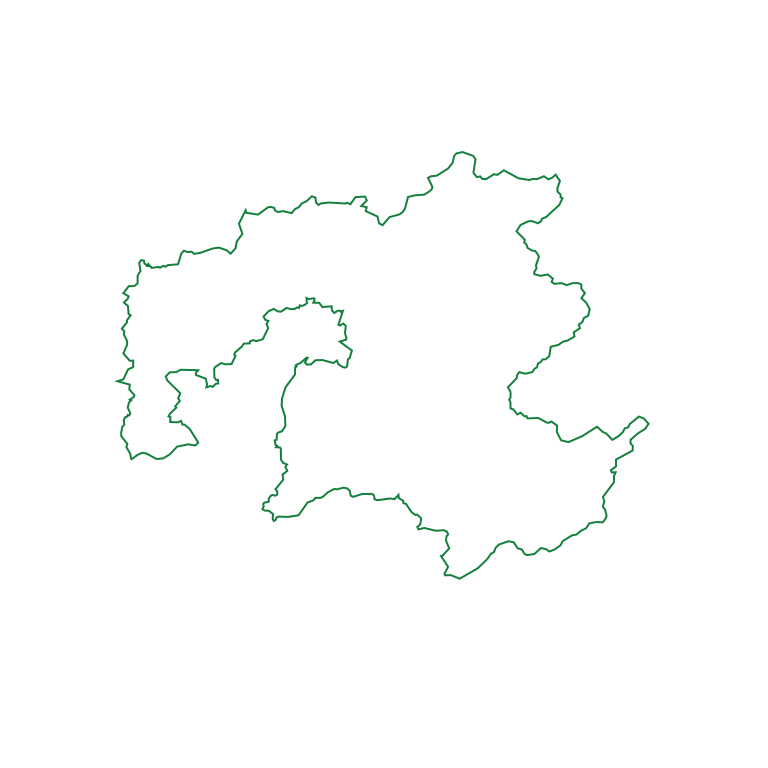 Yen Son, Tuyên Quang, Vietnam, rotated 59°
{"feature_id": "81297802B74193371644879", "entity_name": "Yen Son", "entity_type": "district", "adm_level": 2, "iso_a3": "VNM", "parent_name": "Vietnam", "parent_adm1": "Tuyên Quang", "projection": "equal_earth", "projection_center": [105.29, 21.864], "detail": "fine", "context": "isolated", "style": "outline", "palette": "green", "viewbox_px": 768, "rotation_deg": 59, "n_neighbors": 0, "source": "geoboundaries", "source_scale": "gbopen_adm2", "svg_char_len": 6165}
<svg xmlns="http://www.w3.org/2000/svg" viewBox="0 0 768 768"><g transform="rotate(59 384 384)"><path d="M234.3,190.1L225.5,197.4L223.7,203.2L224.7,206.4L229.8,211.4L232.3,218.1L232.6,231.5L230.1,236.9L230.0,240.1L239.9,241.0L241.4,242.4L242.3,245.9L242.4,252.0L238.0,260.7L236.1,267.1L244.5,275.7L246.4,279.9L246.5,283.7L243.8,293.3L247.1,303.4L243.8,305.5L237.1,303.3L226.4,310.6L223.5,307.8L219.7,311.8L217.8,304.2L213.6,303.7L209.1,312.2L212.6,320.2L209.6,322.4L209.5,324.0L200.1,337.7L196.8,344.9L196.7,348.0L193.3,348.8L189.0,346.7L185.9,349.2L187.4,356.1L186.9,361.6L188.6,366.1L188.2,370.1L190.0,375.2L183.8,381.5L181.9,386.5L179.0,388.1L176.6,387.3L174.1,389.7L172.8,392.2L173.9,404.7L166.4,413.8L163.8,413.1L171.9,425.8L182.4,428.1L185.9,436.6L191.2,441.4L193.3,448.4L188.3,450.0L182.0,455.3L179.5,461.5L177.0,473.9L174.7,479.7L171.5,480.8L169.6,484.6L166.7,486.8L167.7,490.5L175.3,498.9L170.8,508.1L170.9,511.0L169.0,512.3L169.0,516.2L167.5,516.9L164.8,523.4L162.9,523.4L161.5,525.3L161.4,524.2L159.8,524.1L159.9,526.5L156.8,527.2L154.5,526.2L152.7,528.5L154.1,531.5L161.5,534.4L164.4,539.5L170.9,543.4L171.4,547.6L168.7,552.4L171.9,560.7L177.4,557.7L179.0,559.8L180.2,565.0L185.2,563.3L192.6,566.9L194.6,565.8L197.0,571.6L198.8,572.6L201.5,580.2L205.0,579.5L207.7,581.4L214.9,582.1L218.1,584.0L223.6,591.7L233.3,589.9L234.8,586.9L240.3,590.3L239.7,595.9L245.7,604.9L244.4,611.0L253.6,602.2L257.4,605.1L265.0,603.7L266.2,604.9L266.5,609.9L267.8,609.1L268.5,612.1L272.2,615.8L278.5,616.6L279.7,618.5L278.5,619.7L279.7,620.9L279.2,622.8L280.8,625.6L285.0,627.5L286.0,630.4L290.4,634.4L293.5,636.1L303.1,634.8L305.4,637.3L313.4,637.5L317.7,639.3L318.5,639.1L317.8,631.9L318.4,626.8L321.1,623.5L331.2,617.6L334.0,611.7L334.0,603.8L331.1,593.6L335.0,582.7L339.5,577.4L338.6,573.4L322.6,573.7L316.0,576.0L315.0,577.7L311.2,576.9L310.7,580.4L306.5,586.8L302.2,584.1L300.8,585.4L299.2,582.7L297.3,574.2L295.6,574.5L293.4,567.7L290.2,567.8L287.0,563.4L269.4,567.9L265.2,567.2L263.6,561.8L266.8,556.0L267.0,551.1L276.4,536.3L277.6,539.6L279.4,540.5L287.7,534.0L293.3,535.9L295.4,538.0L296.4,533.7L298.2,532.4L297.2,528.0L298.2,525.8L295.0,524.1L294.3,525.8L291.0,526.0L283.4,521.7L282.5,520.0L282.2,512.7L285.3,510.0L288.4,504.4L283.4,496.8L281.7,497.3L280.3,495.7L278.6,486.2L277.2,483.4L280.0,478.2L278.5,476.9L278.9,473.7L281.4,471.6L283.2,464.9L276.4,454.4L272.2,453.9L270.4,450.6L267.9,452.7L264.1,452.5L262.2,445.5L262.8,439.9L267.2,437.5L269.0,435.0L268.6,428.3L272.0,425.2L273.8,421.6L273.5,419.4L275.0,417.6L273.2,415.7L274.5,414.8L275.4,411.3L275.0,408.3L270.4,406.2L272.2,405.0L274.5,399.8L275.9,399.9L277.9,402.7L281.1,397.7L286.3,397.2L290.4,388.9L294.0,390.7L297.5,390.1L297.4,385.9L298.9,383.5L300.1,383.6L300.2,381.7L309.8,392.6L311.2,391.6L311.2,387.8L314.5,386.8L320.4,391.3L325.1,392.4L326.5,393.6L324.8,400.1L338.8,394.3L344.0,400.0L344.3,402.2L349.9,406.6L350.0,408.8L348.1,410.8L343.3,413.0L339.7,412.2L339.9,416.6L331.8,424.4L328.3,430.5L329.6,436.5L327.5,440.2L324.8,440.7L322.2,436.0L321.5,436.9L322.9,444.4L322.5,450.0L324.0,450.0L323.9,451.5L330.0,455.4L336.1,470.1L343.7,478.7L349.8,482.9L360.8,485.6L369.1,490.1L372.0,495.7L371.1,499.8L371.7,501.4L376.4,504.7L376.1,506.7L380.5,508.3L381.9,507.4L382.6,509.1L384.7,505.9L386.4,505.8L395.7,511.2L399.5,511.2L403.1,508.6L404.3,511.3L408.6,511.6L409.4,517.6L414.1,519.6L418.3,531.2L421.4,530.8L423.7,532.5L423.8,534.6L421.5,537.0L421.6,539.1L422.9,541.8L425.5,543.5L424.1,547.6L424.7,549.5L426.8,550.0L428.7,552.7L431.3,551.2L433.3,548.0L438.3,546.1L442.3,548.9L444.7,549.0L444.7,546.7L443.0,544.8L443.5,542.4L448.5,534.7L452.5,524.9L446.2,510.5L447.4,504.3L446.2,501.5L448.9,497.1L449.2,494.4L447.9,488.1L448.3,480.7L450.1,478.5L452.0,472.2L454.3,469.5L457.7,468.4L462.6,470.0L464.8,468.6L467.1,459.3L471.9,451.1L474.1,449.9L477.9,451.4L480.0,449.9L485.4,437.5L488.1,434.3L486.5,428.7L489.3,430.1L494.0,427.7L496.2,428.8L498.1,426.9L508.0,426.4L512.4,424.6L513.0,422.8L518.5,421.4L523.1,425.3L523.6,429.1L526.4,429.3L528.1,423.7L536.6,415.0L540.0,408.2L543.0,406.1L546.0,406.4L546.7,408.8L550.0,411.5L558.5,412.8L561.3,422.3L560.8,423.7L573.7,423.2L577.9,430.0L579.4,430.2L582.3,425.1L589.9,419.4L590.2,398.2L587.3,385.8L584.6,379.8L584.7,376.3L581.9,372.6L580.8,368.2L582.8,358.5L586.5,354.3L593.6,354.1L597.0,351.0L601.5,351.2L604.2,349.8L607.2,342.7L605.4,334.1L608.7,330.4L612.8,328.4L613.7,323.0L613.2,315.8L610.7,311.6L610.6,300.7L612.1,296.9L611.3,290.7L611.7,284.9L609.2,279.9L611.6,273.2L615.3,267.6L613.1,262.6L611.4,261.0L606.1,259.3L601.6,259.5L598.2,255.6L593.6,254.6L586.8,237.8L581.1,234.0L579.0,230.9L577.1,234.3L574.8,234.0L574.1,227.5L568.3,224.1L569.1,205.2L565.4,202.6L562.0,203.3L558.8,201.4L557.1,191.6L557.0,183.4L554.4,177.7L547.3,179.1L543.2,182.2L544.9,193.8L546.8,196.8L546.1,200.5L548.3,204.2L549.5,209.7L549.5,217.1L541.0,218.9L537.7,221.2L530.3,223.4L530.8,241.0L528.8,255.8L523.5,261.2L514.2,260.6L508.8,257.1L502.4,259.8L502.2,262.7L500.8,264.4L492.6,269.3L487.4,278.7L484.9,278.4L484.1,280.2L478.9,281.7L478.8,285.4L472.4,286.2L470.1,288.1L464.5,284.9L462.0,284.9L460.7,282.5L456.2,279.7L450.6,279.4L447.4,267.3L444.7,265.0L443.5,261.9L447.9,257.7L450.2,250.8L448.5,247.2L448.4,244.4L445.7,241.2L445.9,238.3L444.6,235.4L446.1,232.7L445.2,227.9L438.0,221.9L440.3,214.2L439.9,208.7L441.3,204.2L441.4,196.3L437.4,194.7L437.1,187.4L433.5,186.5L433.0,182.1L430.3,178.5L430.7,173.9L425.8,169.1L418.4,168.8L412.1,170.6L409.6,165.0L403.8,165.7L400.5,163.6L397.7,165.3L394.7,170.3L393.4,176.4L389.0,179.9L385.8,186.5L382.8,187.7L380.7,185.0L374.4,187.2L371.9,194.1L367.3,198.5L365.5,197.8L363.4,193.6L360.6,192.7L354.8,185.7L353.2,185.4L347.9,185.8L345.7,188.6L341.2,190.9L337.5,190.0L335.0,190.9L332.8,189.0L321.4,191.8L318.0,185.1L318.8,177.1L320.2,173.6L325.6,169.1L325.3,165.4L323.7,163.6L324.4,159.1L320.8,141.5L316.6,135.3L315.0,136.5L312.7,135.1L308.4,136.2L305.4,134.5L300.7,128.7L293.0,129.0L293.8,134.0L293.1,137.8L288.3,139.9L287.2,147.3L284.6,151.3L284.1,154.2L276.9,162.8L262.6,171.2L263.1,179.1L260.8,181.8L261.0,190.9L258.8,194.2L255.6,194.6L254.5,197.8L249.1,198.6L238.4,189.8L234.3,190.1Z" fill="none" stroke="#15803d" stroke-width="2"/></g></svg>